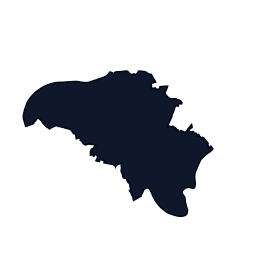 outline of Kien Xuong, Thái Bình, Vietnam, rotated 125°
{"feature_id": "81297802B82663613485319", "entity_name": "Kien Xuong", "entity_type": "district", "adm_level": 2, "iso_a3": "VNM", "parent_name": "Vietnam", "parent_adm1": "Thái Bình", "projection": "mercator", "projection_center": [106.429, 20.397], "detail": "fine", "context": "isolated", "style": "filled", "palette": "ink", "viewbox_px": 256, "rotation_deg": 125, "n_neighbors": 0, "source": "geoboundaries", "source_scale": "gbopen_adm2", "svg_char_len": 5728}
<svg xmlns="http://www.w3.org/2000/svg" viewBox="0 0 256 256"><g transform="rotate(125 128 128)"><path d="M97.3,46.3L97.0,47.1L96.2,46.9L95.8,48.0L95.3,49.8L95.9,50.0L97.8,50.0L97.8,50.6L95.1,53.7L94.6,53.6L92.6,60.3L92.8,60.4L93.7,60.7L93.8,60.8L93.7,61.0L93.2,61.4L93.1,61.5L94.1,61.9L93.7,63.4L93.7,63.6L94.1,64.0L94.1,64.5L93.9,64.9L93.8,65.2L93.6,65.3L93.0,65.3L92.9,66.9L93.7,66.9L94.5,66.6L95.1,67.2L95.0,67.4L94.7,67.7L93.4,68.8L93.2,69.1L93.2,69.4L93.3,69.6L94.5,70.1L94.8,70.5L94.7,70.8L94.0,71.4L93.6,71.8L93.5,72.2L93.5,72.6L93.7,73.0L94.2,73.3L94.8,73.7L95.3,74.4L95.4,74.6L95.4,75.6L95.1,76.0L94.8,76.4L94.2,76.7L93.7,76.9L93.3,76.9L93.0,76.8L91.5,75.9L91.1,75.8L90.6,75.8L89.8,76.7L89.0,77.4L88.7,77.9L91.9,78.2L94.5,78.3L98.8,78.3L99.7,83.2L100.7,83.3L101.2,83.9L101.8,84.8L101.9,85.2L101.8,85.8L101.0,85.7L101.1,86.8L101.1,87.2L100.9,88.3L100.6,89.2L100.8,89.4L100.9,89.7L100.8,92.0L101.2,91.8L101.4,92.4L101.7,92.4L101.8,92.5L102.5,94.4L103.0,95.6L104.0,95.7L104.2,96.1L104.3,96.4L103.5,96.7L93.6,98.6L93.7,98.9L93.2,99.0L92.3,99.3L86.1,100.7L84.9,101.2L84.5,101.4L83.4,101.5L82.5,101.6L81.3,99.4L79.2,100.4L77.3,97.8L76.4,98.3L76.3,98.9L75.8,99.8L75.6,100.3L75.7,101.7L76.3,103.4L76.6,105.2L76.8,105.9L77.2,106.5L78.9,108.6L79.2,109.2L79.7,110.3L79.8,110.9L79.8,112.1L79.7,113.3L79.4,114.9L78.8,116.8L78.5,117.3L77.8,118.0L76.2,118.2L75.6,118.4L72.6,119.0L71.9,119.3L71.0,119.5L71.4,120.1L73.9,123.3L75.9,125.5L78.1,124.5L80.2,127.4L79.5,128.8L81.1,129.5L80.9,130.4L81.8,130.9L81.9,131.6L81.6,131.7L81.7,132.2L81.6,132.4L81.4,132.5L79.8,132.9L79.7,134.1L77.9,134.3L74.5,131.7L74.0,132.7L73.3,134.0L73.2,135.1L72.6,135.9L71.0,139.1L70.7,139.8L71.1,140.3L71.4,140.6L71.8,142.3L71.9,142.8L72.0,144.3L71.9,145.0L71.9,145.4L72.2,146.4L72.9,147.9L74.2,150.2L74.9,151.4L75.4,152.0L75.7,152.0L76.9,151.3L77.4,151.9L77.9,151.7L79.4,152.2L79.6,152.3L79.8,152.5L80.2,153.9L80.5,154.5L80.8,154.7L81.4,154.9L82.0,154.9L82.4,156.8L82.3,158.5L81.8,160.6L81.9,161.2L82.0,161.7L82.2,162.0L83.3,163.3L84.2,164.3L86.1,166.4L88.6,169.7L89.0,170.0L89.7,170.6L90.0,170.7L91.2,170.9L91.6,171.2L91.8,171.7L92.0,173.8L92.6,175.0L94.1,175.0L96.6,175.3L99.0,176.1L99.8,176.6L102.4,178.4L103.9,179.6L106.7,181.5L108.6,183.1L109.5,183.7L111.7,185.4L112.6,185.9L113.7,186.9L114.5,187.8L115.9,190.0L117.6,193.1L119.2,196.6L121.3,199.4L125.6,204.8L128.3,208.1L130.1,210.6L132.4,213.4L135.6,216.2L140.0,219.4L141.2,220.1L143.4,221.3L144.9,221.9L148.6,223.2L150.9,224.1L153.3,224.6L157.4,225.2L159.6,225.4L163.2,225.4L166.1,224.9L167.6,224.5L170.3,223.8L172.3,223.2L177.4,221.1L178.3,220.6L179.0,220.1L180.2,219.1L182.3,216.6L185.3,212.8L184.3,211.8L181.4,209.7L179.1,208.2L178.0,208.0L176.9,208.3L176.5,208.3L175.7,208.0L174.5,207.8L172.5,208.0L171.9,207.8L171.6,207.4L171.5,207.1L171.4,206.3L171.4,205.5L171.5,204.4L171.9,202.9L172.8,200.5L173.5,197.6L173.6,196.9L173.7,194.9L173.7,191.6L173.1,191.6L167.2,188.4L166.7,186.0L166.3,185.2L165.1,182.7L165.1,182.4L164.5,180.9L163.7,178.3L162.6,175.5L162.4,174.5L162.5,173.2L162.8,172.2L163.5,170.3L163.7,169.7L163.6,169.2L163.4,168.2L163.5,167.3L163.6,167.1L163.9,166.7L165.5,165.1L166.5,164.2L166.2,163.8L166.0,163.7L165.0,163.4L164.5,163.4L164.4,161.9L164.5,161.6L164.1,161.4L164.2,161.1L164.6,159.9L165.5,159.8L165.3,159.1L165.4,158.3L165.7,157.3L165.9,156.9L166.1,156.6L166.3,155.7L166.5,154.8L166.5,154.2L166.4,153.5L166.0,152.9L165.8,152.7L163.9,151.2L163.1,150.0L162.4,148.5L161.2,146.5L160.4,144.7L162.1,145.0L162.7,144.9L163.3,144.7L163.8,144.7L164.4,144.8L165.8,145.6L166.1,145.7L167.0,145.7L167.7,145.6L168.5,145.4L170.8,144.0L171.8,143.1L169.9,141.4L171.0,140.1L170.3,139.6L169.7,140.3L168.9,139.7L168.2,139.0L168.5,137.2L168.7,136.8L168.9,136.5L169.5,136.2L169.8,136.0L172.5,135.5L172.9,135.5L173.2,135.5L173.0,134.7L171.9,132.2L169.7,132.8L168.9,129.9L168.5,128.4L170.3,127.7L168.8,124.6L168.4,123.3L167.5,122.1L167.4,121.0L166.9,120.5L166.4,119.2L166.3,118.8L166.4,118.4L166.7,117.7L165.9,117.0L166.6,116.4L166.9,116.0L166.6,116.1L165.6,116.0L163.0,115.2L162.9,114.7L161.9,114.1L161.7,113.9L161.3,113.2L161.3,112.8L161.6,112.5L162.7,112.0L163.0,111.8L163.9,110.8L164.4,110.4L165.7,109.7L166.7,109.3L167.0,109.1L167.8,108.2L168.7,106.6L169.1,106.1L170.7,104.5L171.4,103.3L171.5,102.8L171.2,102.3L170.5,101.3L170.3,100.8L170.3,100.1L170.4,99.8L170.6,99.6L170.9,99.4L171.3,99.2L171.5,99.0L171.6,98.4L171.5,98.0L171.3,97.8L171.4,97.7L171.7,97.6L172.1,97.8L172.3,97.7L172.6,95.9L173.1,94.1L173.3,94.1L173.6,93.8L174.1,93.4L174.6,93.0L175.4,92.1L176.9,90.1L178.2,91.0L178.8,90.6L179.0,90.2L179.0,89.2L179.0,88.7L180.8,86.6L181.0,86.1L181.0,85.2L181.4,84.7L182.3,83.8L182.8,83.4L183.3,83.1L184.1,81.8L182.2,81.0L180.0,79.9L179.3,79.7L178.3,79.6L177.8,78.9L177.3,79.0L176.5,78.2L175.3,78.6L174.6,78.8L172.7,79.0L170.3,79.5L169.7,79.6L168.7,79.4L167.6,79.0L166.7,78.6L166.0,77.9L165.6,76.9L165.6,76.5L165.6,75.7L165.7,75.0L166.1,74.2L167.8,71.2L169.9,68.0L172.0,63.5L173.2,59.9L173.5,58.8L173.8,58.0L174.2,55.9L174.5,53.3L174.7,50.8L174.7,47.5L174.5,46.3L174.0,43.9L172.6,39.3L171.5,36.6L170.8,35.1L170.0,34.0L169.1,32.9L167.8,31.7L166.6,30.9L165.7,30.7L165.3,30.6L164.6,30.6L163.3,30.9L161.7,31.8L160.7,32.5L159.8,33.7L158.8,35.1L157.6,36.4L157.2,37.0L156.1,38.2L153.6,40.5L152.9,41.0L152.2,41.7L151.7,42.8L151.0,45.0L150.7,45.6L150.3,46.2L149.7,46.9L149.4,47.1L149.0,47.2L147.4,47.2L145.5,47.0L144.6,46.7L143.5,46.0L142.3,44.8L141.8,44.3L141.5,43.9L141.4,43.5L140.5,40.9L140.3,40.5L139.6,39.7L139.3,39.5L138.9,39.4L138.5,39.4L137.3,39.8L135.3,40.6L134.6,41.2L132.4,43.3L130.5,44.8L129.1,45.8L127.1,47.0L125.7,47.5L122.9,48.2L115.4,49.7L112.5,50.2L111.5,50.2L110.5,50.0L107.6,49.4L105.8,48.9L104.5,48.7L102.1,47.8L97.3,46.3Z" fill="#0f172a" stroke="#020617" stroke-width="1.5"/></g></svg>